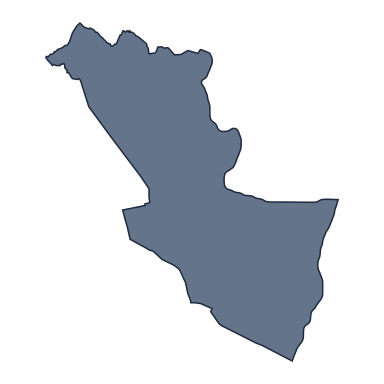 the district of Jimaní, Independencia, Dominican Republic
{"feature_id": "3306468B8700472779567", "entity_name": "Jimaní", "entity_type": "district", "adm_level": 2, "iso_a3": "DOM", "parent_name": "Dominican Republic", "parent_adm1": "Independencia", "projection": "equal_earth", "projection_center": [-71.817, 18.503], "detail": "fine", "context": "isolated", "style": "filled", "palette": "slate", "viewbox_px": 384, "rotation_deg": 0, "n_neighbors": 0, "source": "geoboundaries", "source_scale": "gbopen_adm2", "svg_char_len": 4538}
<svg xmlns="http://www.w3.org/2000/svg" viewBox="0 0 384 384"><path d="M338.2,199.6L328.4,199.3L325.0,199.3L323.0,199.4L321.7,199.6L320.5,200.0L318.2,201.3L317.0,201.8L315.6,202.1L313.6,202.3L282.9,202.0L270.4,202.0L268.5,201.9L266.5,201.6L265.3,201.2L262.9,199.8L261.9,199.4L260.6,199.0L257.5,198.5L256.3,198.2L255.3,197.8L253.4,196.6L252.3,196.2L250.5,195.8L246.7,195.5L244.9,195.3L243.7,194.9L241.4,193.5L240.3,193.1L239.1,192.8L235.3,192.2L234.1,191.8L231.2,190.2L228.0,189.3L227.0,188.8L226.1,188.1L225.4,187.1L225.0,186.6L224.8,186.0L224.4,184.5L224.2,182.9L224.1,181.4L224.1,179.0L224.2,177.4L224.4,175.8L224.8,174.4L225.4,173.2L226.1,172.3L226.5,171.9L227.5,171.2L229.4,170.1L232.5,167.9L233.3,167.2L233.9,166.2L235.4,162.9L235.9,161.8L236.8,159.2L238.3,155.7L239.2,153.1L240.4,150.1L240.8,148.8L241.1,146.4L241.2,144.0L241.2,141.6L241.0,139.3L240.9,138.5L240.5,137.1L239.3,134.1L238.4,131.6L238.1,131.0L237.4,130.0L236.6,129.2L236.1,128.9L235.0,128.5L233.3,128.4L232.2,128.6L231.7,128.9L228.9,130.6L227.3,131.2L225.5,131.4L223.2,131.5L221.4,131.3L220.3,130.9L219.3,130.3L218.9,129.9L218.1,129.0L217.5,127.9L216.6,125.5L215.6,124.0L214.4,122.8L212.6,121.5L211.8,120.8L211.0,119.8L210.5,118.6L210.1,117.2L209.9,115.7L209.9,107.0L209.7,105.4L209.4,103.9L208.1,100.3L207.8,98.9L207.2,95.4L206.8,94.1L205.6,91.2L204.6,88.6L204.0,87.4L201.9,84.2L201.5,83.0L201.4,82.3L201.5,81.7L201.7,81.2L202.3,80.3L203.0,79.6L205.3,78.2L206.1,77.4L206.8,76.4L207.3,75.3L208.0,73.4L209.6,69.9L210.5,67.3L211.5,65.0L211.9,63.8L212.1,63.1L212.2,61.7L212.2,60.2L212.1,58.8L211.9,58.1L211.4,56.8L209.7,53.1L202.1,50.0L200.4,49.6L197.8,53.4L187.9,50.5L181.0,54.5L174.4,54.8L169.3,48.9L168.0,47.8L166.5,47.6L164.9,48.3L161.5,46.8L157.7,47.1L156.5,51.1L154.9,53.2L153.0,53.2L152.7,53.2L152.2,53.2L149.5,54.0L148.9,53.2L148.6,51.2L148.2,48.1L147.3,47.3L146.7,44.3L146.6,43.9L145.2,42.7L139.7,38.0L136.8,35.9L135.9,36.0L134.3,33.8L132.1,32.2L130.5,32.2L129.9,30.9L129.2,32.2L128.3,30.9L126.7,30.9L125.4,32.2L123.9,30.9L122.9,30.9L122.6,31.5L122.3,32.2L121.7,33.9L121.5,34.1L120.7,35.1L120.1,35.1L117.9,40.2L116.3,44.0L115.3,44.0L112.5,46.1L112.3,46.1L110.9,46.1L110.3,44.0L107.7,43.2L105.5,41.1L102.7,38.1L100.1,36.0L99.0,34.6L97.3,32.3L96.3,32.3L95.7,32.3L94.8,31.0L94.1,30.2L92.9,29.5L92.8,29.4L91.9,28.9L90.3,28.1L89.7,28.1L88.8,28.9L84.3,27.2L83.1,26.2L82.7,26.0L82.1,25.1L80.8,23.9L79.9,23.0L76.8,26.0L74.8,29.1L72.3,33.2L71.4,36.1L69.2,42.4L67.0,45.4L65.4,45.4L64.4,45.9L64.1,46.1L63.1,47.3L59.7,48.8L59.4,49.2L58.8,49.2L57.8,49.2L57.5,49.8L57.2,50.5L56.8,50.5L55.3,51.8L54.3,51.7L54.0,52.6L53.4,53.4L51.8,54.3L50.2,54.3L50.0,54.8L48.2,56.7L46.4,56.4L45.8,57.6L46.4,58.4L48.0,60.6L48.9,61.4L50.2,62.7L51.3,64.1L52.4,65.6L54.0,64.4L54.6,64.7L56.2,65.6L56.6,65.6L60.0,65.6L61.0,64.3L62.2,64.3L63.8,63.5L64.8,65.6L64.8,67.7L67.0,70.6L67.0,72.7L68.6,72.7L69.8,74.4L70.8,76.5L72.4,78.6L77.4,79.5L78.4,78.9L79.0,78.6L80.6,80.7L81.8,84.6L82.1,85.4L82.1,85.6L86.5,99.5L88.4,105.4L88.4,105.5L88.8,106.8L90.4,108.9L110.4,136.2L140.8,176.6L147.0,185.7L149.0,188.8L149.0,196.8L149.7,202.6L146.6,203.5L145.1,203.8L144.9,203.9L145.0,205.5L122.7,210.0L124.7,217.9L127.5,227.7L127.8,229.1L129.3,235.8L129.4,236.1L130.1,239.3L135.5,242.3L144.7,247.3L149.1,249.9L149.7,250.2L152.4,250.9L152.9,251.1L153.7,251.8L156.7,254.4L162.1,259.5L174.1,265.3L178.7,268.9L179.5,269.5L185.5,282.6L187.2,290.5L187.8,293.5L190.3,299.8L190.9,302.8L195.4,302.8L200.7,303.6L206.2,306.0L212.1,308.6L210.6,311.6L215.2,318.2L219.1,323.8L222.0,325.9L256.2,343.1L261.6,345.2L269.6,349.3L292.2,361.0L293.4,357.7L294.3,355.2L295.8,351.7L296.7,349.1L297.4,347.8L298.2,346.6L301.6,342.0L302.4,340.8L302.9,339.4L303.3,338.0L303.4,336.6L303.5,331.4L303.6,329.9L303.8,328.5L304.0,327.9L304.6,326.7L305.3,325.8L306.1,325.0L307.5,324.2L308.4,323.5L309.2,322.7L309.5,322.2L310.1,321.1L310.4,319.7L310.9,314.0L311.3,312.7L311.5,312.1L312.1,311.0L312.8,310.1L314.7,308.3L315.1,307.9L316.2,305.7L317.0,304.6L320.8,299.4L321.6,298.2L322.2,296.8L322.4,296.1L322.6,294.6L322.7,292.3L322.7,285.1L322.6,281.2L322.3,279.7L321.9,278.4L320.7,275.4L319.8,272.9L318.5,269.9L318.1,268.6L317.9,267.2L317.8,265.7L317.9,263.5L318.0,262.0L318.3,260.6L319.4,257.6L319.8,256.4L320.0,254.9L320.4,250.6L320.6,249.1L321.0,247.8L322.1,244.8L322.4,243.5L322.8,240.7L323.1,239.3L324.6,235.7L325.5,233.2L326.5,231.3L328.4,228.4L329.1,227.2L329.6,226.0L330.3,224.0L331.8,220.6L332.7,218.0L334.1,214.4L334.4,213.0L334.8,210.2L335.2,208.9L336.5,205.3L337.4,201.9L338.2,199.6Z" fill="#64748b" stroke="#1e293b" stroke-width="1.5"/></svg>